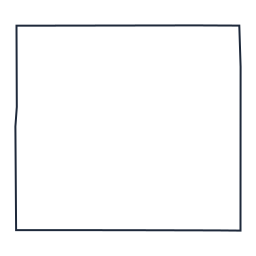 outline of Lincoln, Wisconsin, United States of America
{"feature_id": "52423323B27188266826921", "entity_name": "Lincoln", "entity_type": "district", "adm_level": 2, "iso_a3": "USA", "parent_name": "United States of America", "parent_adm1": "Wisconsin", "projection": "equal_earth", "projection_center": [-89.718, 45.337], "detail": "fine", "context": "isolated", "style": "outline", "palette": "slate", "viewbox_px": 256, "rotation_deg": 0, "n_neighbors": 0, "source": "geoboundaries", "source_scale": "gbopen_adm2", "svg_char_len": 262}
<svg xmlns="http://www.w3.org/2000/svg" viewBox="0 0 256 256"><path d="M240.5,230.6L240.6,66.9L239.3,25.6L195.8,25.4L16.5,25.7L16.8,107.0L15.4,126.5L16.1,230.1L44.8,230.1L131.2,230.2L216.5,230.4L240.5,230.6Z" fill="none" stroke="#1e293b" stroke-width="2"/></svg>